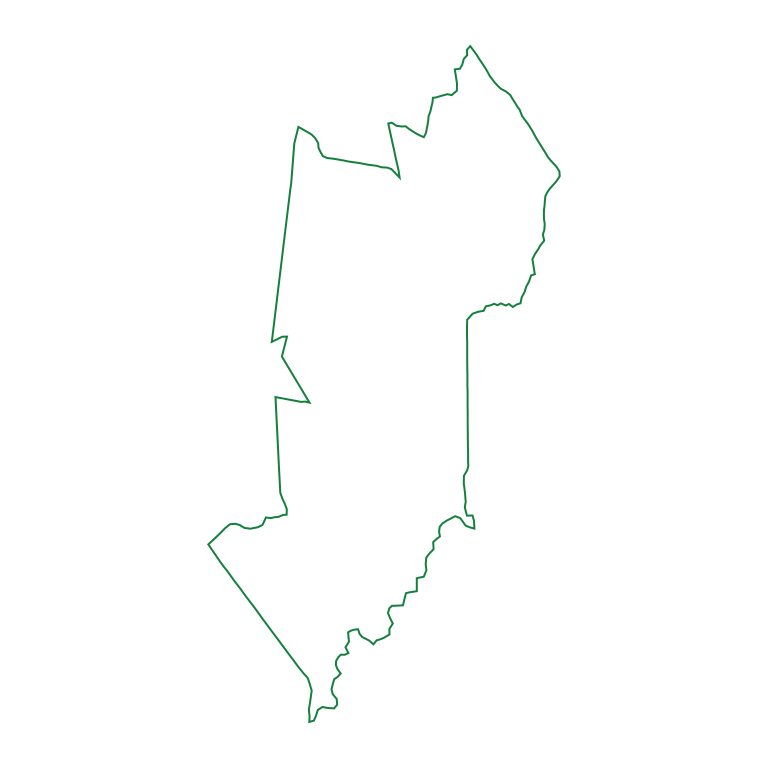 outline of Cascavel, Ceará, Brazil
{"feature_id": "56859067B6895009837112", "entity_name": "Cascavel", "entity_type": "district", "adm_level": 2, "iso_a3": "BRA", "parent_name": "Brazil", "parent_adm1": "Ceará", "projection": "natural_earth1", "projection_center": [-38.279, -4.254], "detail": "fine", "context": "isolated", "style": "outline", "palette": "green", "viewbox_px": 768, "rotation_deg": 0, "n_neighbors": 0, "source": "geoboundaries", "source_scale": "gbopen_adm2", "svg_char_len": 3556}
<svg xmlns="http://www.w3.org/2000/svg" viewBox="0 0 768 768"><path d="M454.8,69.4L457.0,83.6L456.9,90.7L451.7,95.1L447.4,94.2L444.0,95.1L439.7,96.3L436.3,97.4L432.9,97.8L432.5,102.3L431.4,106.8L430.4,111.3L428.6,116.2L428.1,121.8L426.0,132.9L423.8,137.2L419.5,135.3L414.8,132.7L408.9,128.9L405.7,126.3L401.7,126.5L396.6,125.8L391.8,122.7L388.3,123.5L389.6,129.7L392.2,141.7L394.0,149.8L395.9,158.8L397.6,166.2L398.6,170.6L399.6,177.6L395.3,173.1L391.4,169.1L387.3,167.6L381.7,167.3L376.7,165.8L371.7,165.2L367.3,164.6L359.7,163.1L349.0,161.6L343.7,160.5L338.1,159.5L333.1,158.7L327.2,158.0L323.0,156.2L320.6,152.2L318.5,147.7L318.2,143.2L315.2,138.2L311.7,134.6L307.7,132.2L298.4,126.9L294.3,143.4L291.2,183.2L290.4,188.7L284.7,235.4L278.1,289.9L271.8,341.9L282.3,336.7L287.0,336.6L281.9,356.6L309.5,402.6L305.1,401.6L301.2,401.9L275.5,397.1L279.0,468.0L280.3,492.9L282.6,499.2L284.6,503.3L286.8,509.1L286.6,514.7L283.1,514.9L278.6,516.8L274.7,517.2L270.7,518.1L265.9,517.5L264.2,521.3L262.4,525.0L257.6,527.3L250.4,528.7L244.4,527.9L239.5,524.9L235.2,523.8L230.1,524.2L225.4,527.9L221.2,532.2L214.4,538.8L208.3,544.4L220.0,561.5L223.4,566.2L227.5,571.3L233.9,580.3L241.1,589.7L244.6,594.7L254.7,607.9L263.5,620.1L271.3,630.6L276.8,637.9L283.3,646.7L287.1,651.8L293.9,660.9L298.3,666.8L302.8,672.5L307.8,678.1L309.7,683.8L311.7,690.7L310.1,702.0L308.9,709.5L309.6,717.0L309.3,721.9L313.9,720.6L316.0,715.7L317.8,710.0L322.4,707.0L327.9,708.0L334.1,708.4L337.2,704.6L336.7,699.0L332.7,694.1L331.5,689.2L332.6,684.9L334.2,679.2L337.5,677.0L340.7,673.6L337.5,669.1L335.9,665.1L336.1,661.0L338.3,657.2L340.9,654.6L344.6,654.8L348.4,653.1L345.5,647.3L349.0,641.7L348.5,637.0L348.1,632.3L351.1,630.6L354.4,629.6L358.1,629.3L359.6,634.0L362.2,637.0L368.9,640.4L373.4,644.3L376.7,640.3L380.7,639.2L384.1,637.7L389.5,634.5L389.4,628.9L392.8,623.5L390.2,618.4L388.0,613.1L389.3,608.3L392.0,605.8L396.5,605.7L403.0,605.3L404.6,598.5L406.0,593.2L409.6,592.3L416.8,591.2L416.8,586.3L416.8,578.2L423.8,576.7L426.4,570.3L425.7,564.2L426.3,557.5L429.7,553.2L433.6,549.2L433.2,542.1L436.9,538.7L439.9,536.5L439.1,531.6L439.7,526.9L442.1,523.7L446.6,520.7L455.2,516.2L460.2,518.1L463.1,522.0L465.6,525.6L469.7,527.3L474.4,528.6L474.0,520.8L472.5,515.5L467.0,515.6L465.9,511.7L464.8,507.2L465.7,501.8L465.1,494.2L464.4,487.9L463.8,483.8L463.9,475.9L467.2,470.2L468.3,466.1L468.1,461.0L468.1,455.9L468.1,451.4L467.9,446.2L467.9,442.0L467.8,437.7L467.8,432.3L467.7,426.8L467.7,418.8L467.7,412.2L467.6,407.3L467.6,402.2L467.6,396.7L467.6,391.2L467.4,386.2L467.4,380.6L467.4,375.1L467.2,362.6L467.2,355.2L467.2,350.0L467.2,342.3L467.0,335.2L467.0,330.5L467.0,326.5L467.2,319.8L472.5,313.8L477.6,311.9L483.6,310.8L485.9,306.3L489.9,305.5L494.2,303.8L497.4,305.2L501.0,303.4L505.6,305.5L509.0,304.0L512.8,307.0L516.7,304.5L520.5,303.3L521.7,297.3L524.5,292.1L526.3,286.5L529.0,281.6L531.1,275.4L534.8,274.2L533.6,266.6L532.4,259.2L535.0,254.0L538.3,249.1L540.3,245.4L544.2,240.7L542.9,234.5L544.4,229.6L544.7,223.8L544.0,219.1L543.9,213.7L544.0,209.7L544.6,205.4L544.9,200.5L545.4,196.0L547.2,192.4L549.9,188.6L556.2,181.5L559.7,176.3L559.4,171.4L556.6,166.9L553.3,163.3L550.7,160.5L547.9,157.1L546.0,153.7L543.9,150.4L541.1,145.9L537.4,140.0L534.4,134.8L532.3,130.8L528.3,124.4L522.1,116.1L519.7,109.8L517.1,106.2L514.5,101.9L512.4,98.7L510.3,95.1L505.9,91.4L501.0,88.9L498.1,86.2L494.6,82.4L490.0,76.4L486.4,69.8L482.7,64.1L479.4,59.3L476.6,54.7L470.2,46.1L466.9,49.9L467.2,55.2L463.8,58.9L462.3,64.5L460.0,68.7L454.8,69.4Z" fill="none" stroke="#15803d" stroke-width="2"/></svg>